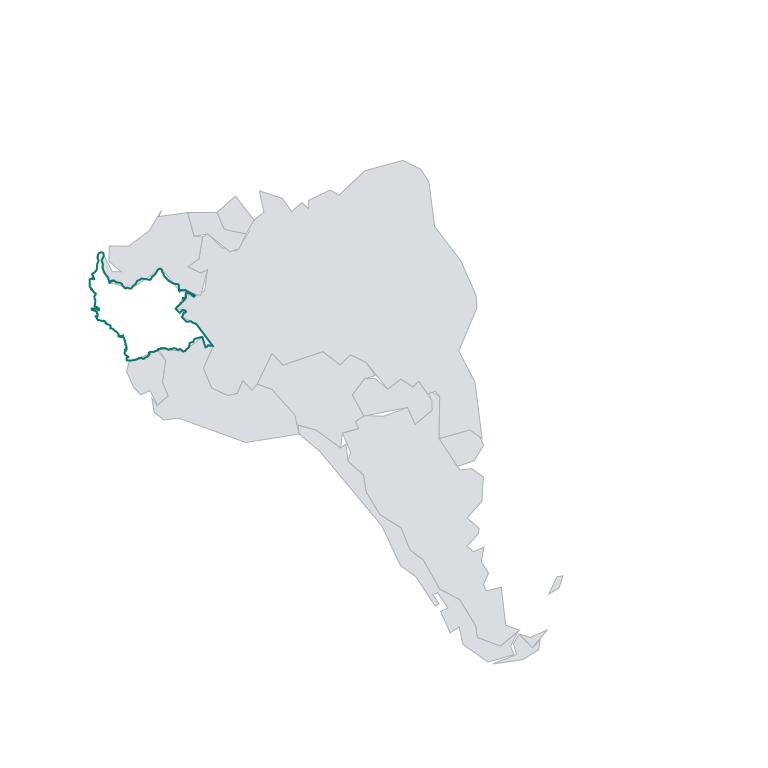 location of Colombia within South America, rotated 314°
{"feature_id": "COL", "entity_name": "Colombia", "entity_type": "country or territory", "adm_level": 0, "iso_a3": "COL", "parent_name": "South America", "parent_adm1": "", "projection": "robinson", "projection_center": [-72.763, 4.099], "detail": "fine", "context": "in_parent", "style": "outline", "palette": "teal", "viewbox_px": 768, "rotation_deg": 314, "n_neighbors": 12, "source": "natural_earth", "source_scale": "50m", "svg_char_len": 10095}
<svg xmlns="http://www.w3.org/2000/svg" viewBox="0 0 768 768"><g transform="rotate(314 384 384)"><path d="M297.9,655.1L303.4,665.3L320.7,672.4L297.4,673.8L297.9,655.1ZM383.1,461.5L375.0,498.4L383.9,505.9L386.2,520.0L367.8,535.9L345.5,536.8L346.1,552.9L341.7,555.9L324.9,556.3L325.6,564.9L336.1,569.2L323.7,577.3L320.6,590.6L308.5,595.0L306.4,601.4L319.4,609.4L294.9,639.2L301.2,652.7L276.4,649.9L266.4,627.2L273.7,618.0L281.4,588.5L275.1,566.6L284.7,534.4L282.6,517.9L292.3,496.3L287.2,471.6L293.9,446.1L304.2,432.5L303.5,411.6L311.7,407.3L319.9,388.1L334.1,396.6L337.2,389.5L345.8,389.9L360.6,406.1L383.5,417.3L376.6,434.4L398.4,436.8L410.8,420.6L413.8,432.7L383.1,461.5Z" fill="#d9dde1" stroke="#a8b0b8" stroke-width="1"/><path d="M297.9,655.1L297.4,673.8L308.3,674.0L300.4,679.9L282.1,675.3L258.3,656.8L281.5,667.2L287.1,657.6L297.9,655.1ZM294.9,350.9L303.6,366.9L308.0,397.2L314.4,398.2L303.5,411.6L304.2,432.5L293.9,446.1L287.2,471.6L292.3,496.3L282.6,517.9L284.7,534.4L275.1,566.6L281.4,588.5L273.7,618.0L266.4,627.2L276.4,649.9L298.4,652.3L283.3,657.3L279.4,665.3L256.3,652.0L251.5,621.7L261.4,606.9L251.0,604.4L259.7,582.6L267.4,585.6L271.1,567.7L266.3,565.4L264.2,576.2L259.8,575.0L267.5,540.6L264.8,522.2L280.5,480.8L291.0,384.3L289.0,357.6L294.9,350.9Z" fill="#d9dde1" stroke="#a8b0b8" stroke-width="1"/><path d="M347.3,648.5L365.4,642.3L370.3,646.0L359.0,651.5L347.3,648.5Z" fill="#d9dde1" stroke="#a8b0b8" stroke-width="1"/><path d="M383.1,461.5L410.6,477.6L414.5,483.5L409.3,498.1L391.5,502.2L375.7,493.9L383.1,461.5Z" fill="#d9dde1" stroke="#a8b0b8" stroke-width="1"/><path d="M412.8,492.6L410.6,477.6L383.1,461.5L413.8,432.7L414.3,425.7L407.0,422.3L410.0,407.3L401.7,406.7L399.1,392.7L382.9,390.4L387.0,356.1L381.7,339.7L367.1,339.3L364.7,317.6L327.3,298.2L327.9,282.4L305.3,293.4L287.8,293.4L288.3,280.1L275.2,285.0L267.2,279.8L261.3,262.8L269.8,243.2L292.9,234.6L296.6,206.8L292.0,192.2L298.2,188.3L293.5,182.0L311.1,179.1L314.8,187.1L326.5,190.1L343.4,177.7L336.4,175.1L332.1,161.5L345.5,164.0L363.6,151.4L369.5,153.1L369.6,172.8L376.9,185.4L400.4,181.1L400.5,175.0L424.0,178.4L436.4,160.2L446.9,181.8L443.8,197.7L457.5,199.0L457.7,207.8L463.6,202.1L486.1,210.6L488.5,220.5L524.1,222.1L557.8,242.1L564.0,261.3L560.7,275.7L532.3,311.3L526.1,353.4L511.6,389.0L503.2,398.1L459.8,414.8L448.6,448.0L412.8,492.6Z" fill="#d9dde1" stroke="#a8b0b8" stroke-width="1"/><path d="M295.6,292.9L327.9,282.4L327.3,298.2L364.7,317.6L367.1,339.3L381.7,339.7L387.0,356.1L384.0,371.8L374.5,366.4L354.2,368.9L347.0,391.8L337.2,389.5L334.1,396.6L319.9,388.1L308.0,397.2L303.6,366.9L294.9,350.9L302.2,306.9L295.6,292.9Z" fill="#d9dde1" stroke="#a8b0b8" stroke-width="1"/><path d="M292.9,234.6L269.8,243.2L261.3,262.8L267.2,279.8L275.2,285.0L288.3,280.1L287.8,293.4L295.6,292.9L302.2,306.9L299.8,341.4L289.0,357.6L245.9,325.2L216.8,260.0L205.2,250.7L204.0,238.4L212.5,226.8L211.4,235.7L225.4,236.8L231.5,223.3L249.2,210.6L252.6,197.5L268.4,217.2L291.7,220.8L286.7,229.7L292.9,234.6Z" fill="#d9dde1" stroke="#a8b0b8" stroke-width="1"/><path d="M363.6,151.4L345.5,164.0L332.1,161.5L336.4,175.1L343.4,177.7L320.5,190.6L309.0,172.3L312.6,143.6L276.9,135.8L266.6,116.8L269.7,105.5L276.8,95.3L281.7,93.9L276.1,110.6L282.3,117.0L281.2,100.9L292.4,90.5L305.9,104.6L331.4,108.7L354.5,103.2L348.0,105.7L371.0,123.7L358.4,144.8L363.6,151.4Z" fill="#d9dde1" stroke="#a8b0b8" stroke-width="1"/><path d="M396.2,180.3L380.7,185.9L372.1,181.3L369.5,153.1L358.4,144.8L371.0,123.7L391.3,144.7L384.5,161.4L396.2,180.3Z" fill="#d9dde1" stroke="#a8b0b8" stroke-width="1"/><path d="M411.7,176.7L396.2,180.3L387.9,167.8L384.5,161.4L391.3,144.7L415.9,146.6L411.7,176.7Z" fill="#d9dde1" stroke="#a8b0b8" stroke-width="1"/><path d="M250.6,198.3L249.2,210.6L231.5,223.3L225.4,236.8L211.4,235.7L216.6,220.2L207.3,216.6L207.6,206.2L214.1,190.2L223.6,184.9L250.6,198.3Z" fill="#d9dde1" stroke="#a8b0b8" stroke-width="1"/><path d="M381.6,373.6L382.9,390.4L399.1,392.7L401.7,406.7L410.0,407.3L405.4,430.1L398.4,436.8L376.6,434.4L383.5,417.3L347.0,391.8L354.2,368.9L374.5,366.4L381.6,373.6Z" fill="#d9dde1" stroke="#a8b0b8" stroke-width="1"/><path d="M281.8,93.1L280.2,93.9L276.9,94.8L276.5,95.4L274.7,98.9L273.2,99.7L272.6,100.2L271.3,102.1L270.9,103.1L269.9,105.1L269.4,107.7L268.9,111.3L268.4,112.3L267.2,114.3L266.2,116.2L266.1,116.5L266.3,116.7L267.4,116.5L268.5,115.9L268.9,116.1L269.2,117.0L269.7,117.1L270.1,117.0L270.5,117.2L271.5,121.4L273.4,123.6L273.6,124.4L273.9,126.2L273.2,127.2L272.9,130.3L273.0,131.1L273.2,131.7L273.6,132.0L275.0,132.4L276.0,134.8L276.6,135.4L277.5,135.8L279.6,135.4L280.8,135.5L282.7,135.8L283.4,135.8L284.2,135.7L285.8,135.0L286.4,134.9L287.0,135.0L287.9,135.3L289.1,135.9L290.0,136.1L291.1,136.1L291.3,136.2L296.5,143.4L297.0,143.1L297.4,143.2L297.7,143.6L298.3,143.4L299.1,142.8L300.3,142.7L301.8,143.1L303.9,143.1L306.4,142.7L308.0,142.3L308.6,141.9L309.6,141.9L310.8,142.3L311.5,142.9L311.8,144.2L311.6,145.1L310.8,145.9L310.4,147.0L310.3,148.3L309.9,149.3L309.2,149.9L308.9,150.8L309.0,152.0L309.0,153.8L308.7,156.1L308.7,157.5L309.0,158.0L309.1,158.6L309.1,159.5L309.2,160.2L309.6,161.2L310.2,163.1L310.6,164.0L311.4,164.7L312.9,167.1L312.7,167.7L312.5,167.9L311.3,169.1L308.8,171.6L308.6,172.0L308.6,172.5L309.4,172.2L310.5,172.5L310.9,173.4L311.5,173.8L312.3,174.6L312.9,175.3L313.7,176.0L313.8,176.5L313.6,177.0L314.0,178.2L314.3,178.6L314.4,179.0L314.3,179.5L314.6,180.0L315.4,182.3L315.4,183.0L315.6,183.3L315.8,184.2L316.2,185.1L316.1,185.7L316.3,186.3L314.8,186.7L314.7,186.6L314.6,186.4L314.6,182.8L314.4,182.1L312.6,178.7L312.2,178.4L311.8,178.4L311.4,178.5L311.0,178.8L310.6,179.2L309.0,181.3L308.5,181.6L308.1,181.7L307.6,181.6L307.3,181.3L306.6,179.8L306.1,179.6L305.9,179.8L305.6,180.8L306.2,181.9L297.4,181.9L296.8,181.9L296.2,181.6L295.6,181.4L295.3,181.5L294.8,181.7L294.1,181.8L293.7,182.0L293.3,182.0L293.3,187.7L293.7,187.5L294.0,187.5L294.3,187.7L295.0,187.6L296.2,187.7L296.4,187.9L296.7,187.8L297.0,187.7L297.4,187.8L297.8,188.1L298.3,189.1L298.6,189.4L298.6,190.4L298.5,190.7L298.7,191.2L298.6,191.3L297.7,191.5L297.5,191.3L297.1,191.3L296.8,191.1L296.6,190.9L296.2,190.6L295.8,190.7L294.9,191.2L294.6,191.1L294.3,191.3L293.6,191.7L291.7,191.9L291.6,198.2L291.8,198.7L292.7,199.8L293.4,200.3L294.1,200.9L294.7,201.2L294.9,201.4L295.1,201.8L295.3,202.6L295.0,203.3L295.1,203.6L295.3,203.9L295.6,205.0L296.4,205.7L296.4,206.5L296.7,207.1L296.7,207.4L296.6,207.9L296.5,209.4L296.1,211.2L292.5,233.7L292.4,234.1L292.0,233.4L291.4,232.8L290.8,232.4L290.2,231.0L289.5,230.4L289.2,230.4L288.8,230.7L288.3,230.8L288.0,230.8L286.4,230.1L291.5,221.0L291.6,220.6L291.4,220.2L290.2,219.8L289.8,219.3L289.3,219.1L288.9,218.8L288.1,218.4L287.7,218.1L287.1,218.0L286.7,217.5L285.0,216.4L284.6,216.3L283.5,216.6L282.9,217.2L282.1,217.4L281.3,217.4L280.9,217.1L280.5,216.9L280.1,216.4L278.6,215.8L278.2,215.9L276.8,217.3L276.2,217.3L275.6,217.8L275.0,218.0L273.6,218.2L271.8,217.6L271.1,217.9L270.4,218.0L269.8,218.1L269.4,217.9L269.0,217.5L267.7,216.9L267.6,216.3L267.9,215.2L267.4,213.0L267.2,212.6L266.9,212.5L266.2,212.6L265.5,212.2L265.1,211.8L264.9,211.3L265.1,210.4L264.9,209.7L264.5,209.2L264.2,208.5L263.8,207.9L263.2,207.6L262.7,207.6L262.2,207.4L261.7,206.8L261.3,206.6L260.8,206.0L259.8,205.7L259.3,205.5L258.6,204.4L258.6,204.0L258.5,203.7L258.0,202.1L257.6,201.5L256.4,200.2L255.3,199.6L255.0,198.7L254.3,198.7L253.9,198.6L253.4,198.3L252.4,197.4L251.7,197.3L251.2,197.9L249.9,197.3L248.7,196.4L247.4,196.2L246.6,195.6L245.5,194.2L245.2,193.9L243.6,193.1L243.3,193.0L242.7,193.4L242.5,193.7L242.4,194.7L241.9,194.9L241.1,194.9L240.5,194.6L240.1,194.6L240.0,194.8L239.8,194.9L239.3,194.8L238.0,194.4L237.1,193.9L236.7,193.9L235.7,193.8L234.9,193.5L234.7,193.3L234.4,191.4L233.3,190.9L233.0,190.6L232.6,189.6L231.6,189.7L230.0,189.1L227.8,187.8L226.3,186.5L225.0,185.7L224.6,185.1L223.6,184.2L223.4,183.6L222.3,182.8L222.9,181.6L224.1,180.8L225.8,181.4L226.0,180.1L225.4,179.0L225.5,176.8L225.7,176.3L226.1,175.8L226.7,175.3L227.1,175.2L227.6,175.4L228.0,175.0L229.3,175.2L229.8,175.0L230.4,174.5L230.8,174.0L231.0,173.3L231.2,173.1L231.7,173.2L231.8,172.9L232.0,172.6L232.8,171.8L232.8,171.4L232.6,170.6L232.6,170.4L233.7,170.0L234.8,167.7L235.3,167.7L235.5,166.5L236.1,165.6L237.4,162.7L237.0,162.8L236.7,163.2L236.4,163.1L236.0,162.9L236.1,161.6L235.9,161.4L235.2,162.4L234.7,161.4L234.7,160.8L234.9,160.2L234.9,159.8L234.0,160.1L234.0,159.7L234.6,159.3L234.8,158.9L235.3,158.5L235.5,157.8L235.8,155.6L235.7,155.1L235.4,154.6L235.2,152.5L235.3,151.3L235.2,150.4L234.9,149.6L233.9,148.5L235.5,147.3L236.1,146.4L235.4,144.5L234.4,142.9L234.4,141.9L234.7,142.1L235.0,142.0L235.3,140.0L235.2,139.4L234.7,138.4L234.0,138.4L233.4,137.1L233.1,136.8L232.8,136.0L231.9,134.5L231.1,133.7L231.7,131.8L232.2,131.4L232.3,131.0L232.2,129.8L232.2,129.6L232.3,129.5L232.6,129.6L233.0,130.1L233.3,130.7L233.6,130.9L233.9,130.7L235.4,129.5L235.3,129.1L235.4,128.4L235.9,127.7L236.4,127.5L236.6,127.2L236.5,126.6L235.9,125.3L235.4,124.6L235.1,123.8L235.0,123.2L234.4,122.6L234.6,122.0L235.1,121.3L235.2,121.2L235.5,121.4L236.1,122.6L237.1,123.4L238.2,124.7L238.6,125.6L238.9,125.8L239.2,126.1L239.1,126.4L238.8,126.6L238.7,127.2L238.9,127.5L239.1,127.6L239.7,127.5L240.1,126.9L239.9,124.2L239.5,122.9L239.1,122.4L238.7,121.9L239.0,121.5L239.6,121.3L240.5,120.8L243.7,118.3L244.8,115.8L245.6,115.0L246.6,114.4L247.7,114.5L248.6,114.2L248.9,113.5L248.6,112.4L248.3,111.8L248.6,110.9L249.0,109.5L248.9,108.3L249.4,107.6L249.2,107.3L248.6,107.9L248.1,108.2L249.3,106.5L249.7,104.8L250.1,104.1L251.4,103.1L251.6,102.6L252.6,101.8L254.2,100.2L254.7,99.7L257.7,100.8L258.7,100.7L258.5,100.9L258.1,100.9L257.4,101.2L257.3,101.9L257.7,102.5L258.2,102.7L258.5,102.3L258.9,101.1L259.6,99.7L259.7,98.3L260.1,97.9L260.8,97.7L262.8,98.2L263.7,98.3L266.5,98.1L271.1,94.4L273.2,93.6L274.5,92.9L275.3,91.4L275.6,90.3L276.2,89.8L276.8,89.8L277.1,89.5L277.2,89.2L278.8,88.2L279.7,88.1L280.5,88.1L282.3,89.0L283.1,90.5L283.2,91.5L282.1,92.6L281.8,93.1ZM229.4,174.7L229.2,174.9L228.8,174.6L228.7,174.1L228.9,173.8L229.2,173.9L229.4,174.2L229.4,174.7Z" fill="none" stroke="#0f766e" stroke-width="2"/></g></svg>